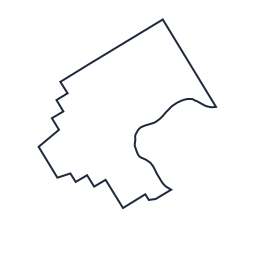 the district of Jefferson, Indiana, United States of America, rotated 329°
{"feature_id": "52423323B82585243463531", "entity_name": "Jefferson", "entity_type": "district", "adm_level": 2, "iso_a3": "USA", "parent_name": "United States of America", "parent_adm1": "Indiana", "projection": "mercator", "projection_center": [-85.425, 38.75], "detail": "fine", "context": "isolated", "style": "outline", "palette": "slate", "viewbox_px": 256, "rotation_deg": 329, "n_neighbors": 0, "source": "geoboundaries", "source_scale": "gbopen_adm2", "svg_char_len": 897}
<svg xmlns="http://www.w3.org/2000/svg" viewBox="0 0 256 256"><g transform="rotate(329 128 128)"><path d="M127.2,53.2L120.6,53.3L93.8,53.6L94.1,67.1L81.1,67.2L81.1,80.5L67.8,80.4L67.9,94.0L41.7,98.1L41.9,134.2L55.2,137.3L55.4,147.3L68.6,147.4L68.8,160.8L82.1,160.9L82.5,194.0L108.7,193.7L108.8,200.4L115.1,203.1L133.2,203.1L130.3,197.6L129.9,196.0L129.5,194.3L129.2,192.1L129.2,182.0L129.8,174.4L129.4,169.7L127.2,164.7L123.4,159.2L123.1,157.9L122.9,156.0L123.3,153.0L124.6,146.7L125.8,144.9L128.2,141.9L129.8,138.9L131.1,137.5L135.4,135.0L137.3,134.4L139.4,134.0L143.1,134.5L153.2,137.0L156.2,137.0L156.4,137.0L160.5,136.5L164.4,135.5L167.2,134.5L168.0,134.2L176.9,131.9L182.9,131.6L187.8,132.1L190.6,132.7L193.8,133.7L198.2,136.4L199.6,139.0L201.0,140.7L205.5,148.5L207.3,150.6L210.1,153.1L213.2,154.8L214.3,155.2L213.7,52.9L127.2,53.2Z" fill="none" stroke="#1e293b" stroke-width="2"/></g></svg>